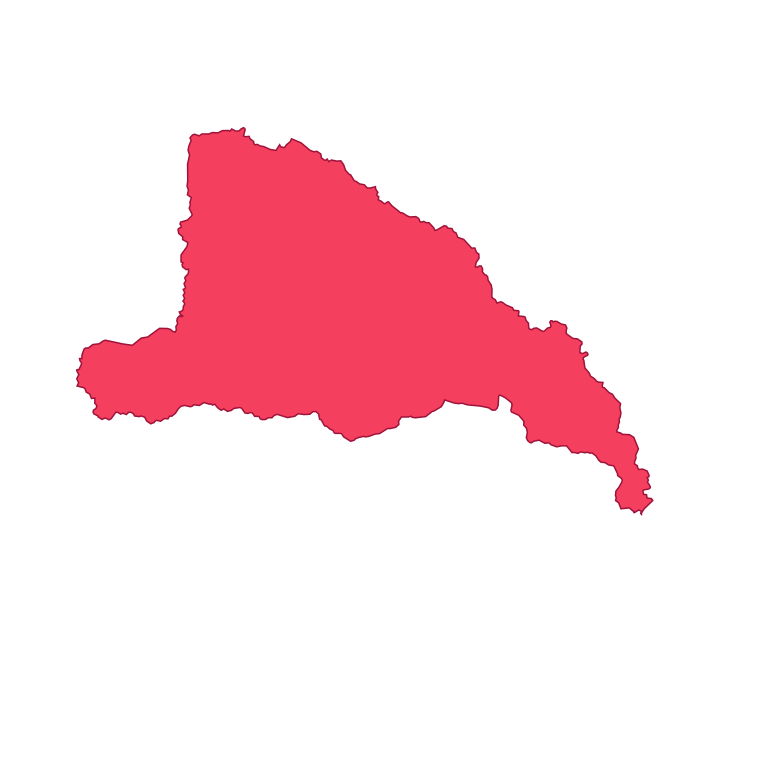 outline of Chiure, Cabo Delgado, Mozambique, rotated 30°
{"feature_id": "85939544B26812417695120", "entity_name": "Chiure", "entity_type": "district", "adm_level": 2, "iso_a3": "MOZ", "parent_name": "Mozambique", "parent_adm1": "Cabo Delgado", "projection": "robinson", "projection_center": [39.723, -13.545], "detail": "fine", "context": "isolated", "style": "filled", "palette": "rose", "viewbox_px": 768, "rotation_deg": 30, "n_neighbors": 0, "source": "geoboundaries", "source_scale": "gbopen_adm2", "svg_char_len": 6163}
<svg xmlns="http://www.w3.org/2000/svg" viewBox="0 0 768 768"><g transform="rotate(30 384 384)"><path d="M191.6,216.6L181.3,217.9L181.6,221.0L179.9,225.7L179.6,229.0L176.0,230.3L174.0,229.0L173.7,235.7L168.1,237.8L161.1,238.5L157.7,239.8L154.6,239.8L152.6,241.3L151.1,240.9L149.9,239.2L145.2,238.5L143.4,237.0L140.4,239.1L138.3,239.5L136.6,233.2L135.6,232.3L134.1,232.3L132.6,234.7L132.0,237.2L129.2,239.1L124.6,239.3L124.1,242.2L122.6,242.2L117.2,245.5L114.7,249.5L109.7,252.0L107.2,255.1L101.2,258.6L100.0,261.4L94.9,262.5L93.6,264.3L93.0,267.2L93.0,268.0L95.2,269.4L96.0,275.2L97.4,279.5L101.1,282.9L104.0,291.9L112.3,305.9L114.5,311.1L117.7,313.9L119.1,318.4L124.0,318.9L125.1,323.8L126.9,326.0L127.3,329.1L133.1,333.1L133.4,334.6L131.8,340.4L126.9,345.5L127.3,347.5L129.1,348.3L129.9,349.6L128.3,352.3L128.5,353.4L131.0,356.3L136.0,357.1L137.4,359.6L143.3,359.6L144.7,363.3L143.7,373.6L147.1,379.7L149.3,379.6L149.4,381.5L151.0,383.3L155.6,383.9L157.2,382.3L158.0,383.4L159.3,386.5L158.3,390.5L158.5,391.9L160.7,393.6L160.6,397.0L163.9,399.8L163.8,401.2L162.8,402.4L165.9,404.7L165.7,407.5L168.6,409.7L168.5,412.8L170.3,413.3L171.4,414.6L171.5,417.4L172.8,420.0L172.4,422.0L170.7,424.0L172.7,425.4L175.7,425.9L175.1,426.8L172.8,427.2L172.2,430.4L172.8,432.5L175.2,435.1L175.0,438.2L177.2,441.3L177.2,443.3L174.7,444.1L171.7,443.5L168.6,444.3L161.8,448.0L155.8,461.5L150.8,465.6L146.7,476.3L138.1,479.8L120.8,485.4L119.2,487.3L117.1,491.7L112.1,495.4L109.9,500.6L107.5,502.1L106.8,503.8L107.9,509.9L109.7,513.0L107.6,514.2L108.9,515.7L111.5,516.9L112.2,519.0L112.6,524.1L111.0,525.0L111.1,526.0L115.0,528.5L115.3,533.1L118.9,535.6L119.2,539.2L125.9,537.3L127.6,537.7L130.2,539.9L134.2,539.9L137.9,542.8L140.7,540.8L143.1,545.2L146.3,546.4L146.8,549.4L145.4,551.9L146.2,553.9L147.6,554.9L152.1,554.7L152.8,555.4L157.4,555.7L159.7,552.7L163.8,552.5L165.1,550.4L165.9,542.6L167.9,541.6L170.9,541.8L172.7,539.8L176.1,539.3L177.0,536.3L178.5,535.2L181.4,534.9L184.1,536.4L188.6,534.5L189.5,533.2L193.3,532.4L196.9,534.7L201.9,535.1L204.3,532.1L204.2,530.9L205.0,529.3L209.2,527.9L211.0,523.8L214.3,522.2L214.4,519.1L216.4,517.9L218.0,513.6L218.3,508.3L219.3,504.8L222.0,502.3L227.7,500.5L229.1,499.0L229.5,497.2L234.8,494.9L237.4,490.1L243.1,488.7L244.2,487.7L246.0,488.0L247.7,486.1L251.7,487.7L256.1,488.2L257.7,485.7L262.1,486.0L264.8,483.4L266.3,480.1L271.0,476.4L272.9,476.2L278.0,478.6L280.8,477.6L282.2,475.8L284.5,474.9L288.1,476.7L291.9,474.6L294.4,476.1L296.5,475.7L299.2,473.9L300.6,471.1L303.8,469.3L304.6,466.1L306.7,463.7L317.3,461.3L322.9,456.5L324.5,452.7L329.9,450.5L334.9,447.3L336.2,443.6L338.8,441.9L342.4,442.7L345.8,446.7L347.7,446.5L353.5,450.0L355.7,449.2L359.9,450.1L363.0,449.7L365.3,451.2L366.3,451.2L371.1,448.5L372.5,448.4L375.6,450.0L383.7,450.3L386.2,447.8L386.8,445.6L388.7,443.1L392.6,439.5L394.2,439.2L396.9,437.1L401.3,431.9L405.0,429.1L409.5,420.5L410.9,420.1L415.8,415.7L417.1,411.6L415.2,408.8L415.6,403.8L421.7,400.3L423.2,398.6L425.1,398.7L428.0,397.6L436.4,391.4L439.4,383.8L440.8,382.4L445.0,374.9L445.0,369.8L444.4,367.5L453.9,365.5L458.1,363.9L461.2,361.6L466.5,360.4L478.8,354.8L486.5,352.3L490.9,352.5L493.4,350.9L494.1,348.6L493.6,345.6L489.4,337.2L489.4,336.3L490.4,335.5L496.2,335.3L503.9,336.5L505.5,338.4L507.0,343.2L508.4,344.5L516.3,343.7L523.9,346.4L525.6,349.8L529.0,350.8L530.7,352.3L532.6,354.7L534.0,359.2L536.7,361.2L539.3,361.7L541.0,361.4L542.3,358.6L546.4,355.1L552.9,354.9L556.3,352.5L559.0,353.1L564.9,352.1L568.8,348.7L573.1,346.3L581.1,349.4L583.2,348.1L586.7,347.1L588.3,344.4L592.2,343.2L594.3,341.4L597.0,340.9L598.7,339.7L603.5,340.3L608.3,342.7L610.9,343.2L614.9,341.6L619.0,341.8L623.9,340.0L630.6,344.5L632.2,346.5L636.5,347.0L638.3,347.9L639.0,350.0L639.1,355.7L638.4,360.7L640.3,365.0L641.9,366.2L642.9,369.2L646.6,369.5L651.6,373.6L658.4,368.6L662.9,369.5L663.7,369.1L664.6,370.3L665.2,370.2L667.6,365.7L670.6,365.6L671.0,367.8L672.1,368.1L671.5,366.9L671.7,362.1L675.0,350.5L672.9,349.5L668.9,351.2L666.7,348.6L664.1,349.8L662.4,348.0L661.6,346.9L661.8,346.0L665.8,342.5L666.5,340.6L665.3,339.3L661.1,337.1L661.1,335.1L658.6,333.4L659.7,332.0L659.4,330.7L655.4,327.8L650.7,328.3L647.4,330.6L645.7,329.9L644.3,328.1L640.9,327.9L640.0,326.3L639.3,322.2L637.6,319.9L636.8,313.0L627.0,305.3L622.0,305.1L615.6,308.4L613.5,308.1L609.6,309.0L608.9,308.2L608.7,304.3L607.4,302.5L606.9,299.2L605.1,296.7L605.2,294.7L603.6,290.5L600.1,286.7L598.7,282.7L591.3,280.9L587.0,278.7L583.0,278.9L576.8,277.1L575.0,277.6L573.9,276.6L572.9,273.2L568.8,275.1L566.7,275.3L563.7,274.2L558.9,273.9L556.2,271.9L549.9,269.6L545.3,263.7L543.7,262.7L543.6,261.0L545.9,257.4L545.8,256.3L544.5,255.4L542.8,255.4L540.8,258.4L537.9,258.9L535.0,253.1L535.5,250.3L534.2,248.6L529.0,248.2L524.7,250.1L517.0,249.3L515.3,247.2L514.4,244.1L511.7,242.1L507.6,243.4L502.4,243.4L500.6,244.2L499.4,245.7L498.3,245.2L496.8,245.8L496.7,247.6L499.5,250.0L499.7,251.7L497.6,253.9L496.5,257.7L495.3,259.1L488.3,259.1L485.9,260.8L484.7,263.1L482.7,263.7L481.3,263.0L478.7,259.1L475.1,257.9L473.0,255.6L471.4,255.6L466.4,257.9L464.7,253.9L463.9,253.3L459.4,255.3L457.1,253.7L450.3,254.6L445.3,254.1L443.8,254.6L441.4,257.4L438.3,255.4L435.2,255.3L433.7,254.5L430.2,248.0L427.3,244.6L422.3,242.1L420.3,239.5L418.3,238.6L416.6,239.0L413.1,237.6L412.0,235.2L409.3,233.2L407.4,234.2L406.2,236.3L404.6,236.9L403.1,232.8L403.4,227.5L401.1,224.0L398.3,223.8L394.7,220.8L392.0,222.5L380.7,218.9L374.6,220.1L370.8,217.1L367.9,217.3L365.2,215.4L361.4,217.1L359.2,216.1L357.0,216.8L352.7,224.2L351.3,225.5L349.0,223.9L342.4,221.8L339.9,223.2L337.2,223.3L335.0,225.4L333.6,225.2L331.4,223.3L327.9,223.1L323.3,226.2L320.5,226.8L314.5,226.6L312.7,227.4L301.6,225.7L297.0,224.0L296.1,224.4L294.8,227.2L293.4,227.8L290.8,227.1L287.0,227.3L285.7,224.3L284.1,224.4L282.9,223.6L282.9,221.2L279.4,219.4L277.9,217.4L273.9,221.3L271.4,222.6L267.4,221.3L262.8,222.9L258.4,222.5L256.7,222.9L250.4,219.5L248.9,219.8L243.9,218.2L239.3,214.2L235.0,212.3L231.6,214.6L226.5,216.3L225.0,219.0L222.3,217.6L221.6,219.4L220.5,219.9L216.8,219.5L214.2,216.4L209.6,216.0L207.1,218.0L203.1,218.6L191.6,216.6Z" fill="#f43f5e" stroke="#9f1239" stroke-width="1.5"/></g></svg>